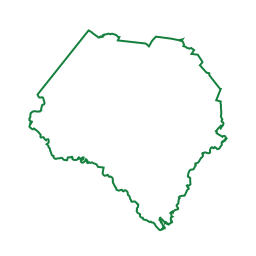 Frontera Comalapa, Chiapas, Mexico, rotated 189°
{"feature_id": "50627088B89895407901700", "entity_name": "Frontera Comalapa", "entity_type": "district", "adm_level": 2, "iso_a3": "MEX", "parent_name": "Mexico", "parent_adm1": "Chiapas", "projection": "albers", "projection_center": [-92.074, 15.782], "detail": "fine", "context": "isolated", "style": "outline", "palette": "green", "viewbox_px": 256, "rotation_deg": 189, "n_neighbors": 0, "source": "geoboundaries", "source_scale": "gbopen_adm2", "svg_char_len": 5643}
<svg xmlns="http://www.w3.org/2000/svg" viewBox="0 0 256 256"><g transform="rotate(189 128 128)"><path d="M75.2,34.7L76.0,35.0L76.7,35.8L76.9,36.3L77.5,36.5L77.8,37.2L78.4,37.1L79.5,39.3L80.7,39.8L80.7,40.6L80.9,40.8L81.1,41.3L82.5,42.0L82.5,42.7L82.0,43.6L82.4,44.1L82.1,44.5L81.9,44.5L81.7,44.2L81.7,43.7L81.2,43.0L81.0,42.9L80.6,43.1L80.0,43.0L79.0,42.2L78.7,41.7L77.4,41.1L76.9,40.2L76.6,41.1L76.2,41.1L75.5,39.8L75.3,39.7L75.5,40.5L75.3,40.6L74.6,40.0L74.0,40.0L73.5,39.6L73.1,39.5L73.1,39.2L72.8,39.0L72.0,39.7L71.8,40.2L69.7,41.9L69.8,42.1L69.9,41.9L70.1,41.9L70.7,42.4L71.0,43.1L70.7,43.3L71.4,44.4L71.7,45.4L71.6,46.0L71.3,46.7L71.1,46.8L70.8,46.7L70.5,47.0L70.9,47.0L71.3,47.7L71.2,48.1L71.5,48.6L71.7,49.7L71.4,50.7L72.0,50.4L72.1,50.5L72.6,50.4L72.9,50.6L72.7,51.0L70.8,52.8L70.4,52.7L70.2,52.4L70.1,53.0L69.6,53.3L68.6,54.5L67.6,54.8L66.0,55.6L65.9,56.6L66.1,56.9L67.5,58.2L67.9,59.0L67.6,60.0L66.6,61.1L66.5,61.7L66.7,64.3L66.5,66.0L66.2,66.5L66.5,66.6L66.9,67.3L66.9,67.6L66.1,68.6L63.4,69.7L62.4,69.9L62.2,69.8L61.8,69.9L61.4,70.3L59.8,76.0L58.5,77.6L58.6,78.1L59.9,78.9L60.9,80.2L60.4,80.8L59.3,80.5L58.1,81.3L57.5,82.1L58.6,87.0L58.7,88.2L59.0,88.3L59.6,88.9L60.7,89.0L61.3,89.7L61.3,92.5L60.7,95.2L60.4,95.7L59.3,96.7L57.3,97.3L56.9,97.4L56.7,97.8L55.6,101.0L55.2,101.5L55.2,101.8L55.8,102.3L56.0,103.0L55.9,103.5L55.4,103.6L53.5,104.7L52.9,105.6L51.2,109.8L50.2,110.8L49.7,112.1L49.7,113.3L50.6,114.1L50.6,114.7L50.2,115.1L49.1,115.4L48.1,116.0L44.9,115.6L43.6,116.0L43.2,116.5L43.1,116.9L43.6,118.9L43.4,119.8L43.1,121.3L42.4,122.0L41.9,122.1L41.1,121.6L40.1,121.5L39.6,122.6L39.1,122.7L38.8,122.3L38.3,122.1L37.8,122.1L36.5,121.1L34.6,122.0L33.9,123.8L32.7,125.9L33.1,127.4L33.1,128.2L32.2,129.0L32.5,129.1L32.1,129.5L31.8,129.4L31.4,129.8L31.7,129.9L31.2,130.2L31.5,130.3L31.1,130.6L30.6,131.7L30.3,131.6L30.1,131.8L29.7,131.7L29.3,132.5L29.6,132.7L29.1,133.3L29.8,133.7L30.4,134.6L31.1,135.2L32.0,135.2L33.1,134.8L33.4,134.9L33.5,135.1L33.5,134.2L39.7,136.7L39.6,138.0L40.7,138.6L38.4,142.3L36.5,144.9L36.0,144.5L36.9,143.2L36.3,142.3L35.3,144.7L34.7,145.3L34.4,147.2L34.4,147.6L35.3,148.6L36.0,148.6L36.6,149.2L36.7,150.2L36.2,151.0L36.2,151.4L37.4,152.8L38.2,154.3L38.0,155.5L38.4,158.4L39.7,164.0L39.6,164.9L40.4,166.7L40.6,168.7L45.2,169.2L42.5,181.1L43.4,181.2L55.9,192.8L56.3,194.8L59.0,194.9L66.8,201.2L64.8,204.5L64.9,205.0L70.5,211.3L76.9,211.1L74.9,215.3L78.2,216.9L79.5,216.0L82.7,216.5L84.0,217.3L86.1,217.5L85.8,219.0L86.3,220.2L87.6,222.0L88.3,222.4L88.8,222.4L88.2,223.8L88.9,223.3L88.7,223.8L90.1,223.2L91.8,222.7L99.8,223.0L114.7,222.6L117.8,218.0L120.1,211.9L122.7,213.7L124.1,214.2L151.7,212.9L150.8,216.4L151.4,216.3L152.2,216.5L153.9,217.8L154.7,218.1L158.2,218.6L159.1,218.4L160.1,217.8L161.5,218.1L162.2,218.1L163.2,217.5L165.9,216.6L165.9,216.4L166.4,216.3L166.6,216.2L166.3,215.9L166.6,215.3L166.9,215.0L167.1,215.4L167.5,215.1L167.6,214.9L167.4,214.2L168.0,214.1L168.1,213.9L168.5,213.7L168.6,214.1L169.4,214.2L170.9,212.7L177.7,216.1L179.0,217.0L182.2,218.2L222.6,146.9L221.8,145.6L220.3,144.2L219.4,144.3L217.8,144.9L216.7,144.7L216.4,144.2L215.2,141.5L214.4,139.9L214.3,139.3L214.6,138.3L215.2,137.9L216.0,137.6L216.3,137.2L216.5,136.5L216.4,135.7L216.7,134.8L216.6,133.8L216.8,132.7L216.5,131.7L217.5,130.9L217.7,130.5L218.3,130.5L219.1,130.2L220.5,130.0L222.8,130.0L223.7,129.8L225.3,128.8L225.9,127.8L226.3,127.6L226.5,126.7L226.5,125.8L226.2,124.0L226.3,123.1L226.9,121.9L226.5,121.2L226.7,120.5L225.7,119.7L225.4,119.1L224.7,119.3L223.9,119.3L223.8,119.2L224.0,118.7L224.8,117.9L224.4,117.6L224.4,117.3L224.6,117.1L225.0,117.1L225.4,116.7L225.3,116.1L225.6,113.9L224.8,113.2L222.3,111.8L221.6,112.0L220.8,112.8L219.5,111.9L219.2,112.0L218.6,111.7L215.9,110.0L213.1,107.5L213.2,105.9L213.0,105.4L212.6,105.0L210.9,105.5L209.9,105.6L209.4,105.2L208.7,104.0L207.2,103.2L207.2,103.4L207.0,103.6L205.9,104.2L205.0,104.4L204.4,103.3L204.1,101.4L204.3,100.9L205.8,99.3L205.3,99.1L204.0,98.0L203.5,97.4L203.4,96.5L202.5,95.8L202.1,95.7L201.2,93.2L200.5,92.4L199.0,89.3L198.3,88.9L197.3,88.9L197.0,87.6L196.5,87.0L195.7,86.4L194.5,86.2L192.9,86.9L190.4,87.5L189.3,88.1L188.7,88.2L187.7,87.6L186.9,86.8L185.8,86.5L183.8,86.6L183.7,86.5L183.0,86.9L183.0,89.0L182.9,89.4L182.0,89.8L180.8,89.8L179.0,90.8L178.7,90.8L178.3,90.4L178.0,89.8L178.2,88.9L178.1,88.7L176.8,88.1L175.8,88.0L174.2,88.4L172.2,89.5L172.6,90.3L172.0,91.3L171.7,91.2L171.4,90.9L170.1,90.0L167.9,92.0L167.2,91.9L167.3,90.3L169.4,88.4L169.4,88.2L169.4,87.8L168.5,86.7L167.5,86.7L166.5,87.1L165.2,88.8L164.6,90.6L163.8,90.1L163.0,89.3L163.0,88.5L163.4,88.1L162.6,87.1L162.1,87.0L161.1,88.1L159.9,87.6L158.2,88.4L157.0,87.9L153.5,87.2L151.5,84.9L145.9,85.1L146.0,79.6L145.9,79.0L145.3,78.5L144.7,77.7L143.7,77.2L142.0,77.7L141.0,78.5L140.1,78.2L139.7,77.4L139.2,76.9L138.6,76.8L138.0,77.2L137.6,77.3L137.1,77.2L135.6,76.3L135.2,75.7L135.0,75.1L134.9,74.1L134.5,73.3L134.6,72.6L134.3,71.6L133.2,70.3L131.4,67.7L130.7,67.3L130.2,66.8L130.2,66.0L129.7,65.3L129.0,65.0L127.3,64.7L125.0,65.9L124.6,65.9L124.2,65.9L123.4,64.9L122.7,64.7L122.2,65.1L121.3,66.1L120.1,65.9L118.4,64.6L118.0,63.5L117.9,62.8L117.6,61.9L116.1,61.2L114.6,58.1L113.8,57.3L113.5,56.6L112.8,55.7L111.0,56.3L110.1,56.3L109.7,56.5L107.6,55.2L106.8,54.3L106.0,54.2L105.8,53.4L105.9,52.7L105.7,51.7L106.6,50.2L106.7,49.6L106.2,48.5L106.5,47.8L106.4,47.1L105.1,45.6L102.8,44.9L102.6,44.4L102.4,42.9L102.0,42.3L100.6,41.5L99.4,41.7L98.5,40.1L96.6,39.9L96.0,40.1L91.9,38.5L90.8,39.1L89.7,38.4L88.2,38.5L86.7,37.5L85.5,35.9L84.5,34.9L80.9,32.2L80.1,32.2L79.3,32.7L78.2,34.3L77.9,33.6L77.6,33.9L77.7,34.6L75.2,34.7Z" fill="none" stroke="#15803d" stroke-width="2"/></g></svg>